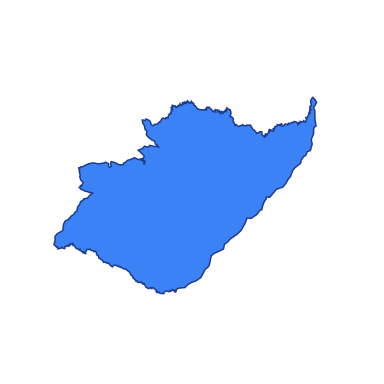 the district of Orocué, Casanare, Colombia, rotated 340°
{"feature_id": "7082276B28249229297744", "entity_name": "Orocué", "entity_type": "district", "adm_level": 2, "iso_a3": "COL", "parent_name": "Colombia", "parent_adm1": "Casanare", "projection": "robinson", "projection_center": [-71.616, 4.911], "detail": "fine", "context": "isolated", "style": "filled", "palette": "blue", "viewbox_px": 384, "rotation_deg": 340, "n_neighbors": 0, "source": "geoboundaries", "source_scale": "gbopen_adm2", "svg_char_len": 6050}
<svg xmlns="http://www.w3.org/2000/svg" viewBox="0 0 384 384"><g transform="rotate(340 192 192)"><path d="M165.2,276.9L171.1,275.4L177.9,269.2L181.0,268.2L183.0,266.9L188.3,258.5L191.5,257.3L201.6,256.5L202.5,255.8L204.2,252.7L205.2,252.0L208.8,251.0L211.4,249.4L219.9,247.1L224.9,244.9L230.7,240.0L234.7,235.5L235.6,235.4L238.2,237.0L245.1,235.4L249.5,232.4L251.4,232.6L254.4,228.2L257.3,225.1L259.2,224.1L260.0,222.4L261.2,222.3L262.2,223.3L263.3,223.5L272.3,218.3L279.0,218.4L282.9,216.3L287.1,212.6L289.7,211.3L294.3,205.9L297.8,204.1L303.5,202.3L304.4,201.5L305.3,199.5L309.0,196.9L311.3,196.6L314.0,193.5L317.4,193.5L321.3,188.1L322.0,183.4L326.0,179.1L328.4,173.3L331.2,172.3L332.0,167.3L335.3,157.1L334.9,154.6L339.7,150.5L339.3,147.6L338.0,144.4L336.2,145.3L334.6,147.0L333.5,151.8L332.0,152.0L331.8,154.7L331.3,154.3L331.4,155.5L330.8,155.2L330.0,156.3L330.1,157.1L329.3,157.4L329.7,158.3L329.0,158.1L329.1,158.5L327.3,159.7L326.5,161.1L324.3,161.0L324.2,161.4L325.1,161.7L324.8,162.6L322.3,165.1L321.3,163.2L320.4,164.2L317.9,162.7L317.5,164.0L316.5,164.2L316.1,163.2L315.3,163.8L315.4,164.6L314.5,164.8L314.7,163.9L314.3,162.2L312.1,160.7L310.7,161.3L309.2,160.6L307.9,161.5L306.2,160.4L305.0,161.9L304.2,160.6L302.9,160.0L300.9,161.0L299.5,161.1L299.5,158.6L297.6,158.6L297.6,159.6L295.2,157.9L294.9,159.0L292.3,158.9L291.7,159.9L290.7,160.2L290.7,161.3L289.7,160.6L289.2,162.7L287.3,161.5L287.4,160.5L286.1,160.0L286.0,161.2L285.5,161.4L285.5,160.3L284.8,161.1L284.7,162.4L284.1,162.3L281.6,164.2L281.5,162.8L280.7,162.6L280.4,163.3L281.0,163.7L279.8,163.8L279.9,165.1L279.0,165.3L277.2,161.6L278.2,159.4L276.3,158.5L274.5,159.2L272.9,159.0L273.1,158.3L272.6,158.2L271.6,154.8L270.5,153.8L270.1,150.5L269.5,149.9L269.8,149.2L266.1,147.8L265.7,148.3L264.0,147.9L262.7,146.2L262.5,146.7L260.2,146.1L259.0,146.6L257.5,145.8L256.5,143.7L255.0,144.0L255.3,142.2L254.8,139.2L255.8,137.8L255.6,136.0L254.8,134.8L254.2,134.9L253.6,133.8L255.4,131.8L256.0,129.3L255.8,127.5L254.0,126.5L254.2,125.7L253.6,125.0L253.4,126.0L252.2,125.9L252.1,127.2L251.5,126.8L251.3,127.8L250.4,127.0L249.8,127.2L249.8,127.9L248.3,127.3L248.3,128.3L247.7,128.7L246.4,126.9L246.9,126.3L245.8,126.2L245.4,127.7L244.9,126.2L245.2,124.9L244.1,125.2L244.4,123.9L243.4,123.4L242.1,123.6L242.4,122.9L242.0,122.6L241.4,123.7L240.9,123.6L241.3,124.7L239.4,123.7L238.4,120.8L237.1,119.3L237.5,118.5L234.9,117.4L234.2,118.0L234.0,119.6L233.1,119.9L232.7,118.7L230.4,119.0L229.9,118.3L227.2,117.1L226.6,116.3L225.5,116.1L224.7,112.4L223.4,110.9L224.0,110.1L223.4,109.5L223.4,108.5L222.8,108.5L222.5,107.2L222.3,107.9L221.6,107.2L220.9,108.0L220.4,107.8L219.6,106.9L219.8,106.1L219.1,105.7L219.0,104.8L217.8,105.5L217.6,106.5L216.7,106.9L216.1,106.4L216.8,105.5L215.9,104.9L215.3,105.6L214.8,104.4L214.8,105.0L214.2,105.0L214.2,105.9L213.3,105.3L213.5,106.5L212.1,107.1L211.4,105.9L211.1,106.6L210.6,106.5L210.6,105.6L209.9,106.6L209.0,105.9L208.3,106.0L207.7,107.1L206.9,107.3L206.1,106.1L205.9,106.5L205.5,106.1L205.9,104.8L205.0,105.7L203.2,103.7L202.4,104.7L202.5,105.7L201.1,105.7L201.9,107.3L201.7,108.0L201.4,107.3L200.9,107.4L199.1,110.5L198.9,109.7L198.9,111.2L197.4,110.9L195.1,113.2L195.0,114.1L192.8,113.3L192.2,114.2L190.0,112.6L188.9,112.7L186.6,114.9L185.7,114.9L185.4,115.6L184.2,115.3L182.7,116.4L179.8,115.6L178.7,116.4L177.8,116.2L176.7,114.8L176.9,111.8L176.2,110.0L173.8,107.7L172.6,108.8L169.9,107.3L169.3,110.3L169.9,113.3L169.3,117.5L170.5,119.2L168.7,122.7L170.0,126.4L171.3,127.7L171.7,129.1L174.3,131.4L174.0,134.4L175.6,136.8L175.8,138.2L174.7,137.2L172.3,136.4L168.3,133.7L166.1,134.9L163.0,132.7L160.3,134.2L155.8,134.3L159.3,141.4L158.9,142.6L156.9,144.7L158.4,147.2L157.3,148.2L156.4,150.2L157.2,146.8L154.9,144.4L156.3,143.5L152.9,143.3L149.5,140.0L147.5,140.5L142.1,140.2L139.2,141.5L137.5,141.5L136.6,142.9L132.9,141.5L129.5,137.9L126.5,135.8L125.0,137.7L125.2,140.1L123.7,140.7L122.6,140.1L123.1,136.7L120.9,134.4L119.1,134.6L113.9,133.7L109.1,130.8L104.7,130.1L97.1,130.8L96.0,130.3L95.0,131.1L94.0,130.5L93.5,132.2L93.8,133.7L93.1,134.1L92.6,138.4L91.8,139.0L91.6,142.1L92.0,143.9L93.0,145.4L92.8,146.1L91.1,147.6L89.6,147.9L90.2,148.6L87.6,149.1L88.8,151.9L89.7,152.1L91.8,154.7L94.4,156.2L95.8,157.8L96.5,157.8L98.3,159.1L94.9,160.1L91.6,162.0L87.8,161.4L87.0,162.3L84.0,163.0L82.4,165.0L79.5,166.9L77.1,170.6L75.4,170.9L73.2,172.6L69.7,173.5L68.9,174.5L67.6,174.6L66.6,175.6L63.6,175.7L62.3,176.4L60.2,178.4L57.4,184.0L51.2,185.1L48.5,186.6L47.4,188.3L47.2,190.1L44.3,194.1L45.8,197.2L46.6,197.1L46.4,198.3L47.0,199.0L46.6,199.5L49.7,200.0L50.6,199.4L52.0,201.2L53.2,201.6L54.0,199.8L55.5,200.1L56.3,199.5L57.4,200.9L57.9,200.7L58.0,199.9L59.5,200.4L59.8,199.0L60.8,199.3L61.6,200.2L62.1,199.4L62.7,200.4L61.9,201.6L63.4,202.5L63.5,204.5L64.1,205.8L64.9,205.9L66.4,208.2L67.0,207.8L66.9,208.6L67.4,208.8L67.9,210.4L69.6,210.9L68.9,211.9L69.8,212.2L70.5,213.3L70.9,213.4L70.6,212.8L71.3,211.9L71.9,211.9L73.6,209.9L75.4,210.9L76.6,210.6L77.2,212.3L79.3,213.8L79.4,214.6L80.9,214.5L81.4,215.1L81.0,218.5L82.1,219.7L81.9,222.3L84.7,226.0L84.7,227.8L86.7,228.3L87.7,230.0L89.0,229.9L90.3,233.3L91.6,235.1L93.0,234.2L95.6,234.8L97.1,236.8L98.1,236.8L98.9,238.5L100.0,238.6L101.5,240.8L103.1,241.6L105.9,246.0L106.3,249.5L107.4,251.0L107.2,252.8L107.9,253.3L108.0,254.5L108.9,255.3L108.8,256.6L110.1,256.8L109.9,258.1L110.8,258.8L113.3,259.1L113.2,260.0L113.9,260.2L114.4,261.7L115.0,261.2L115.2,261.9L115.7,261.9L116.3,265.9L118.3,268.0L120.1,267.8L121.0,268.9L121.2,268.1L122.8,268.9L123.9,270.4L124.0,271.3L125.0,272.0L124.3,273.7L124.5,274.3L124.9,274.4L124.9,273.9L125.3,274.5L125.8,274.2L126.3,275.0L126.1,274.5L126.8,275.0L126.5,275.3L127.3,276.3L130.8,277.9L131.2,277.0L132.0,276.5L134.4,276.3L136.3,277.9L137.7,277.8L138.0,277.2L138.9,277.9L139.4,277.3L140.3,277.7L140.6,277.3L141.2,277.6L141.5,279.7L142.2,280.3L142.6,280.1L141.7,279.5L142.3,279.1L142.9,279.5L142.5,279.2L143.4,279.2L143.6,278.6L145.2,277.8L146.7,277.8L152.7,279.4L156.3,277.6L160.9,276.8L165.2,276.9Z" fill="#3b82f6" stroke="#1e3a8a" stroke-width="1.5"/></g></svg>